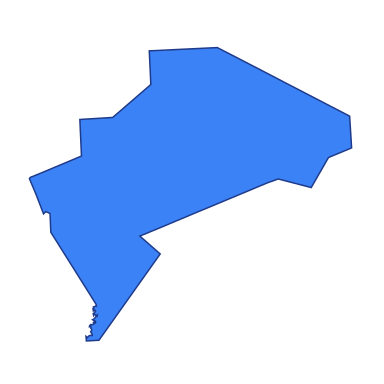 Wosera Gawi District, East Sepik, Papua New Guinea (Mercator projection), rotated 267°
{"feature_id": "67681753B51099161190944", "entity_name": "Wosera Gawi District", "entity_type": "district", "adm_level": 2, "iso_a3": "PNG", "parent_name": "Papua New Guinea", "parent_adm1": "East Sepik", "projection": "mercator", "projection_center": [142.835, -4.087], "detail": "fine", "context": "isolated", "style": "filled", "palette": "blue", "viewbox_px": 384, "rotation_deg": 267, "n_neighbors": 0, "source": "geoboundaries", "source_scale": "gbopen_adm2", "svg_char_len": 1134}
<svg xmlns="http://www.w3.org/2000/svg" viewBox="0 0 384 384"><g transform="rotate(267 192 192)"><path d="M227.7,353.7L259.5,353.4L297.0,289.5L309.5,268.3L334.8,225.0L334.9,224.9L335.2,156.7L314.2,156.6L301.5,156.5L281.7,131.0L270.6,116.7L270.3,83.8L233.7,83.5L218.0,39.8L215.1,31.4L213.9,30.3L197.3,36.3L188.0,39.3L177.9,42.6L180.1,45.1L177.9,49.1L159.2,48.9L84.6,90.5L83.8,90.2L82.9,90.5L82.8,89.0L82.4,87.5L81.2,87.8L80.8,87.0L78.4,87.3L79.4,88.5L77.9,89.4L76.2,87.9L75.8,87.0L73.9,87.3L75.2,88.1L73.7,89.6L74.3,91.1L72.7,90.7L72.7,89.5L71.1,88.3L70.2,87.3L69.7,86.0L68.5,87.4L68.2,88.8L67.0,88.9L67.3,87.5L66.7,86.9L66.1,88.2L65.3,86.9L65.0,86.1L64.9,85.1L64.6,84.4L64.9,83.8L63.7,82.7L62.8,82.5L63.1,83.7L62.5,84.2L61.4,83.8L60.3,84.5L59.2,84.7L57.7,83.4L56.9,83.9L55.9,84.7L53.9,84.9L53.8,84.2L54.3,83.9L53.9,82.3L53.5,81.1L52.0,80.0L53.4,78.6L52.3,78.6L51.1,78.7L48.8,78.7L48.8,91.3L131.8,157.0L135.0,153.7L150.7,137.6L159.9,163.6L160.0,163.6L159.9,163.6L164.3,175.7L164.3,175.8L170.5,193.0L182.6,227.0L197.1,267.5L200.5,278.7L190.2,311.3L219.3,330.1L227.7,353.7Z" fill="#3b82f6" stroke="#1e3a8a" stroke-width="1.5"/></g></svg>